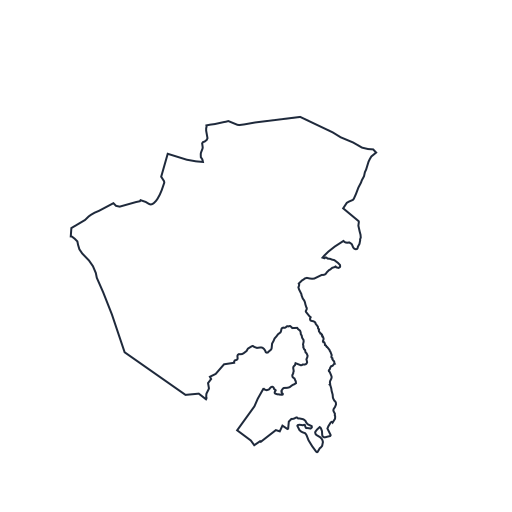 Pantelhó, Chiapas, Mexico (Albers equal-area conic projection), rotated 216°
{"feature_id": "50627088B92508189730376", "entity_name": "Pantelhó", "entity_type": "district", "adm_level": 2, "iso_a3": "MEX", "parent_name": "Mexico", "parent_adm1": "Chiapas", "projection": "albers", "projection_center": [-92.505, 17.051], "detail": "fine", "context": "isolated", "style": "outline", "palette": "slate", "viewbox_px": 512, "rotation_deg": 216, "n_neighbors": 0, "source": "geoboundaries", "source_scale": "gbopen_adm2", "svg_char_len": 6121}
<svg xmlns="http://www.w3.org/2000/svg" viewBox="0 0 512 512"><g transform="rotate(216 256 256)"><path d="M417.4,163.0L417.0,163.3L416.1,163.5L412.8,163.4L409.1,162.8L406.6,160.5L402.8,157.6L398.1,155.9L388.5,154.2L381.9,151.9L375.6,148.1L372.0,144.8L358.3,136.8L338.2,124.0L305.7,100.9L231.4,102.2L221.4,111.0L212.2,110.7L212.3,111.5L212.8,112.3L213.4,112.7L214.7,114.6L215.2,115.6L216.0,120.4L216.3,121.3L220.1,125.0L220.0,130.1L222.3,131.2L219.3,136.9L218.2,149.6L210.9,156.8L211.5,157.4L211.8,158.8L211.7,159.2L210.6,160.6L210.4,161.6L210.7,162.4L212.3,164.2L212.6,165.4L212.2,166.5L211.1,167.2L209.7,168.4L208.9,169.9L207.8,173.6L208.1,176.2L207.9,176.8L206.6,180.0L205.9,181.2L205.4,181.4L204.0,181.4L201.2,182.2L198.9,184.4L197.8,185.2L196.7,185.6L194.9,185.5L193.1,184.9L191.5,183.9L190.5,184.1L189.7,184.9L189.6,185.9L189.1,187.9L188.8,189.3L189.1,190.5L191.5,194.6L191.9,197.7L192.5,200.2L192.2,203.1L192.2,205.6L191.3,208.6L191.6,209.9L192.5,211.9L192.6,212.8L191.9,214.1L191.2,214.3L190.4,215.0L189.9,216.1L189.8,217.0L189.6,217.4L189.1,217.8L188.6,217.9L187.5,219.2L187.2,219.4L185.5,219.3L184.3,219.0L180.4,222.1L179.0,221.6L176.5,221.5L175.0,220.5L174.0,219.3L173.2,218.8L172.4,218.6L171.6,217.9L171.3,217.5L170.3,216.8L168.2,216.0L167.1,214.7L166.0,212.1L164.5,210.8L164.3,210.1L162.1,208.8L161.1,208.8L159.2,207.1L158.3,207.1L157.5,206.8L155.6,205.6L155.0,204.3L154.5,202.1L152.2,200.1L151.9,198.8L152.1,197.8L152.9,196.7L154.5,195.6L154.7,194.8L155.4,194.0L161.0,192.5L160.3,190.5L160.6,189.3L160.6,188.4L160.1,187.3L157.8,185.0L157.4,183.7L156.9,182.9L156.6,181.0L156.0,180.2L155.0,179.5L152.8,179.5L151.1,178.4L150.3,178.1L148.9,176.6L149.7,174.6L150.3,173.7L150.9,172.3L151.6,169.9L152.0,169.2L152.9,168.1L154.3,166.8L154.9,166.5L156.1,165.3L156.3,164.1L156.2,162.0L156.0,161.6L155.5,161.4L155.5,161.1L154.9,160.5L153.4,160.3L153.1,160.0L153.0,159.6L153.4,159.0L155.7,157.6L156.1,157.6L157.3,156.7L159.5,156.0L160.2,156.1L160.8,156.7L161.1,157.8L161.0,158.7L161.3,159.0L163.4,159.1L164.2,159.8L165.1,160.0L165.8,159.9L166.2,159.6L166.7,158.9L167.0,157.4L167.0,155.9L167.3,155.3L168.5,153.7L170.9,152.9L171.5,153.2L172.0,152.8L170.7,141.6L168.9,133.4L168.8,103.9L151.7,103.7L146.2,101.9L143.8,108.6L142.9,108.5L137.6,126.8L133.7,128.1L134.9,134.3L128.9,134.5L128.5,135.2L132.1,141.3L131.6,145.0L130.4,145.9L129.4,147.2L128.9,148.4L128.1,149.4L126.5,149.3L125.2,150.2L122.1,151.6L120.7,151.8L118.9,151.6L117.9,151.0L116.1,150.4L115.0,150.3L111.0,151.1L110.2,150.4L110.1,149.7L110.4,148.5L112.8,147.3L114.3,146.3L114.9,146.4L117.3,148.0L118.0,147.5L118.6,146.6L119.9,146.0L121.8,144.9L122.8,143.7L122.7,142.9L118.5,140.7L116.2,140.5L114.5,140.8L112.2,141.5L110.6,141.1L109.4,140.5L105.2,137.8L98.7,135.1L92.4,133.1L91.5,133.1L91.1,133.4L91.0,133.7L91.4,138.0L91.0,139.2L90.9,141.3L92.5,144.8L93.9,146.0L95.4,146.7L97.5,147.1L102.0,146.7L103.2,147.0L104.4,148.0L104.7,148.8L104.6,151.5L103.9,155.0L102.9,155.0L101.8,154.5L99.7,153.1L97.3,150.2L96.4,149.4L95.1,149.2L94.2,149.4L93.1,150.4L92.2,151.6L90.2,153.9L90.2,154.7L90.5,155.1L96.8,158.4L97.4,160.8L97.7,165.2L97.3,166.3L96.6,166.5L96.1,166.3L96.4,170.8L97.4,172.4L98.0,173.1L98.5,173.3L99.5,174.8L101.8,175.9L102.6,176.5L103.0,177.2L103.3,178.2L103.3,180.1L104.0,182.9L105.1,184.2L106.3,184.9L107.6,185.0L109.8,186.1L110.7,186.8L112.5,188.9L115.5,191.3L117.4,193.2L119.9,195.1L120.8,195.2L120.7,196.0L122.0,197.3L122.5,198.3L123.0,201.1L123.4,202.1L124.0,202.9L125.5,203.9L128.2,205.5L129.2,205.6L129.7,206.0L129.9,206.6L129.7,207.5L130.3,209.2L130.4,211.2L129.8,211.7L129.5,212.3L129.4,214.6L129.0,215.1L129.5,215.3L130.5,216.4L131.3,216.8L132.0,216.8L133.6,217.4L134.0,218.2L135.3,218.3L135.8,218.8L136.5,220.3L139.4,222.2L140.7,222.7L141.3,223.2L144.9,224.2L145.2,224.0L146.0,224.2L146.6,224.7L147.9,224.5L148.5,225.3L149.8,226.2L150.6,226.3L151.0,225.9L151.8,226.4L152.4,228.3L152.8,228.9L154.0,229.8L154.5,229.7L154.8,230.2L155.3,230.0L155.9,230.3L156.3,231.1L157.0,231.1L157.5,231.5L158.4,231.1L159.1,231.6L160.7,232.0L161.4,232.7L161.6,233.4L162.1,233.8L163.1,233.8L164.4,235.2L168.1,236.3L168.7,236.9L169.3,237.1L171.0,237.0L172.8,236.2L173.9,235.9L174.8,236.3L175.5,237.2L175.8,238.6L177.4,238.7L182.6,240.1L183.3,240.6L183.7,242.7L184.3,243.7L185.3,244.2L187.5,245.8L189.2,247.3L190.8,248.3L193.2,249.1L196.1,251.0L196.8,251.8L201.6,254.3L203.3,255.6L203.7,257.2L204.2,258.2L205.2,258.8L204.4,263.4L203.7,264.9L203.3,266.5L202.0,268.2L199.3,269.4L197.2,270.6L195.6,272.0L191.7,279.3L190.4,280.3L189.5,281.4L189.1,282.5L189.1,284.6L188.6,287.6L188.0,288.7L187.4,291.2L185.9,293.2L185.5,294.3L185.2,294.3L184.4,294.0L182.2,294.9L181.6,296.3L181.9,297.2L182.8,298.1L185.6,298.6L190.2,298.7L192.5,297.7L194.3,297.3L196.6,296.0L197.9,296.1L198.7,295.9L199.3,294.4L201.2,293.8L201.0,296.5L200.0,302.2L197.8,310.0L194.1,319.6L192.6,319.4L191.5,319.6L190.7,319.9L190.4,320.3L189.6,320.6L188.7,321.7L188.3,321.6L187.7,321.9L186.3,321.9L185.3,321.8L182.7,320.2L181.6,319.8L180.6,319.7L179.3,320.1L178.5,320.9L178.4,321.5L178.5,322.4L179.0,323.3L179.4,326.6L181.0,330.0L181.6,330.7L182.1,332.5L183.9,334.6L186.6,336.8L191.0,340.7L192.8,344.0L193.4,344.5L213.5,345.8L213.8,352.4L212.7,354.8L210.6,358.3L210.5,359.8L211.6,365.0L213.4,371.6L214.2,377.1L214.9,379.5L215.5,384.0L217.2,387.9L217.7,390.6L220.4,398.5L220.9,401.3L221.2,404.3L219.6,410.3L223.9,411.1L228.2,408.4L233.9,406.0L244.2,404.9L257.3,401.8L266.6,401.1L302.0,394.5L335.1,363.6L342.9,355.5L346.5,352.1L348.2,351.2L357.7,348.9L359.3,346.9L360.6,345.6L366.9,338.5L370.2,335.4L372.9,332.5L371.9,331.4L371.5,330.2L370.0,328.1L364.5,322.8L364.1,321.0L364.8,318.4L365.8,317.1L365.8,315.5L363.0,312.6L362.4,311.5L361.3,307.4L360.7,306.1L358.7,303.5L356.4,302.7L355.3,301.9L354.2,300.9L360.2,297.3L368.6,293.2L387.5,286.8L379.3,264.4L374.4,262.5L373.3,261.4L371.0,253.9L369.9,249.1L369.3,244.3L369.3,241.8L369.7,239.0L370.2,237.5L370.8,236.5L371.8,235.6L373.4,235.2L377.0,234.9L382.2,233.3L382.1,232.1L384.8,229.1L395.3,215.8L398.7,214.3L402.4,214.9L409.6,200.2L412.0,196.2L413.7,192.4L414.6,189.7L415.5,184.6L421.8,170.1L417.4,163.0Z" fill="none" stroke="#1e293b" stroke-width="2"/></g></svg>